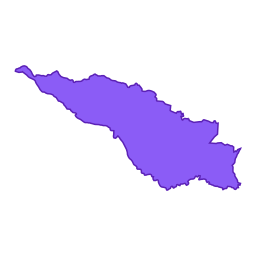 the district of San Jose, San José, Costa Rica
{"feature_id": "36466004B17043328523941", "entity_name": "San Jose", "entity_type": "district", "adm_level": 2, "iso_a3": "CRI", "parent_name": "Costa Rica", "parent_adm1": "San José", "projection": "albers", "projection_center": [-84.106, 9.936], "detail": "fine", "context": "isolated", "style": "filled", "palette": "violet", "viewbox_px": 256, "rotation_deg": 0, "n_neighbors": 0, "source": "geoboundaries", "source_scale": "gbopen_adm2", "svg_char_len": 5790}
<svg xmlns="http://www.w3.org/2000/svg" viewBox="0 0 256 256"><path d="M188.0,118.6L187.1,118.8L185.3,118.5L184.3,118.5L183.6,119.0L183.0,119.8L182.7,120.0L182.4,120.0L182.1,119.7L181.7,119.0L181.5,117.3L181.0,117.0L180.9,116.7L181.0,116.3L181.2,116.1L182.2,116.5L183.3,116.3L183.5,116.1L183.5,115.5L183.1,114.3L183.1,113.6L183.0,113.4L182.8,113.4L182.6,113.5L182.4,114.3L182.0,114.3L181.8,114.2L181.2,113.2L180.9,111.8L180.6,111.3L179.8,111.4L178.9,111.9L178.6,111.9L178.2,111.5L177.7,111.6L177.2,111.9L176.2,113.2L175.8,113.0L174.1,112.5L173.0,111.9L171.6,111.4L170.2,110.5L170.7,105.6L165.3,104.0L163.3,101.8L162.4,101.4L157.2,101.0L156.9,100.9L156.6,100.6L156.7,98.7L156.6,98.3L155.0,96.9L156.0,95.2L156.0,94.3L154.1,92.2L151.7,91.1L150.4,90.7L149.4,90.5L148.0,90.5L145.3,91.4L143.2,91.3L142.1,91.0L141.9,90.8L142.0,89.1L141.0,87.6L140.7,87.4L140.7,87.2L139.6,85.9L139.3,85.3L137.6,85.1L137.6,84.7L137.2,84.1L136.9,83.7L136.3,83.3L135.8,83.4L135.2,83.9L134.8,84.9L133.0,85.4L131.3,85.6L130.5,85.9L130.0,86.2L129.4,86.8L129.4,87.3L128.2,87.4L127.7,87.2L126.7,85.2L126.2,84.7L126.0,84.2L125.7,83.9L122.8,82.9L121.5,83.2L120.8,82.7L118.7,82.4L117.4,82.1L115.9,81.1L115.1,80.8L112.3,80.5L110.7,79.8L109.6,78.8L108.8,78.3L106.7,77.8L103.9,75.7L101.6,75.7L100.4,76.0L98.1,75.9L97.7,75.8L96.9,75.1L95.9,74.7L95.2,74.1L94.6,74.2L94.2,74.3L92.9,75.3L90.4,76.2L90.1,76.5L89.4,77.3L89.0,79.2L87.7,79.3L86.9,79.5L85.8,79.5L85.2,79.3L85.0,79.2L84.2,79.2L82.4,80.3L81.8,81.0L81.3,81.2L80.2,81.4L75.9,81.5L75.3,81.8L74.8,82.3L74.1,82.4L73.7,82.3L73.5,82.1L73.3,81.8L73.0,80.5L72.3,79.9L71.0,80.0L70.6,80.4L70.3,80.4L68.9,79.7L67.1,78.3L63.7,77.7L62.9,77.4L60.9,76.5L60.4,76.0L60.4,75.8L59.5,74.9L58.9,74.1L57.8,71.7L57.5,71.6L56.8,70.9L52.6,73.1L52.2,73.6L51.8,73.8L51.4,74.5L50.8,74.8L49.2,74.9L48.6,74.6L47.8,74.7L46.5,76.2L44.9,76.2L43.8,75.7L43.4,75.6L41.4,75.7L38.7,75.0L36.7,75.0L36.3,75.1L36.1,76.0L34.9,76.6L34.6,76.6L33.8,76.1L32.5,74.4L31.2,71.6L29.7,69.6L28.0,68.5L27.0,67.1L26.6,66.7L25.8,66.3L24.6,65.9L23.1,66.0L20.9,67.0L20.4,67.7L19.0,68.1L17.5,68.8L16.3,69.0L15.5,70.2L15.4,71.3L18.9,72.4L22.4,72.0L22.5,71.8L26.7,75.0L28.3,76.7L29.3,77.5L33.6,79.5L34.6,80.2L35.3,81.0L35.5,81.8L36.3,83.5L37.6,85.5L38.5,86.7L40.1,89.6L41.8,91.5L42.6,92.0L44.5,92.1L46.1,93.2L47.6,93.7L50.2,93.9L51.3,94.2L52.8,94.8L54.1,96.4L56.2,97.5L58.4,101.0L59.9,101.3L63.5,103.4L63.5,103.9L64.1,105.1L65.3,106.3L66.1,107.4L66.1,107.6L66.5,108.0L67.1,109.0L68.5,109.1L70.4,109.4L70.7,110.4L71.1,110.9L71.4,111.0L72.8,112.4L73.2,112.6L73.9,112.6L74.2,112.8L74.9,112.8L75.8,113.1L76.4,113.7L76.4,114.2L75.4,114.9L75.3,115.4L75.6,116.0L76.0,116.6L76.9,117.5L78.0,118.3L80.6,119.5L83.9,122.0L85.1,122.6L87.3,122.6L88.6,122.9L89.8,122.9L91.1,123.4L91.8,123.5L95.0,124.4L99.1,124.6L100.2,125.0L101.6,125.1L103.4,125.6L105.3,125.6L106.0,125.7L107.3,126.2L108.6,127.3L109.7,127.7L110.0,128.2L110.2,129.2L110.4,129.9L111.0,130.5L111.5,130.6L113.8,130.7L113.8,133.6L113.7,133.8L113.7,134.8L113.5,135.7L113.5,136.6L113.7,137.5L114.0,137.9L114.5,138.0L115.6,138.2L116.1,137.8L117.9,136.0L118.2,136.4L119.4,137.5L120.1,138.9L120.7,139.5L120.9,140.0L121.4,140.4L122.9,142.3L126.5,149.4L127.3,152.3L127.5,154.6L128.4,156.8L129.5,158.5L131.0,159.7L132.3,161.3L133.8,164.5L136.1,166.1L136.6,166.6L136.9,167.2L136.9,168.5L137.4,169.1L139.6,169.2L140.7,169.4L141.1,170.0L141.4,170.7L141.4,172.4L141.6,172.9L142.2,173.2L143.9,173.5L144.1,173.9L144.4,174.8L144.6,175.1L146.0,175.1L147.4,174.6L149.3,174.3L150.3,174.3L151.0,174.6L151.5,175.1L151.7,176.2L152.1,176.7L153.4,176.8L153.0,177.8L153.1,179.1L153.9,180.5L155.8,180.5L156.8,179.9L157.1,179.9L157.5,179.9L157.9,180.1L158.3,180.7L158.5,182.4L159.2,184.1L159.9,185.4L160.7,186.4L161.8,187.0L163.7,187.3L165.6,187.8L166.1,188.3L166.5,189.7L166.9,190.1L167.7,190.0L169.1,189.0L170.3,188.4L171.0,186.9L171.5,186.4L172.5,186.4L172.8,186.7L172.9,187.4L173.4,187.9L173.5,188.0L174.0,187.9L174.8,187.2L176.2,186.6L176.6,185.7L176.7,184.9L177.4,184.6L177.9,184.6L178.4,185.1L179.9,185.6L180.0,185.5L180.0,185.0L180.6,184.1L182.7,184.0L184.5,183.4L185.0,183.4L185.2,183.5L186.4,185.2L187.6,184.8L188.4,184.0L188.6,183.6L188.5,182.5L187.8,181.7L188.5,180.5L190.3,179.3L191.3,179.1L193.1,179.0L193.9,178.7L194.6,178.0L195.0,177.1L195.7,176.2L196.4,176.2L197.1,176.9L197.6,176.9L197.9,176.8L198.7,175.6L200.2,175.9L200.0,177.0L199.6,178.0L199.2,178.4L198.8,179.4L199.0,179.7L199.9,179.7L200.6,179.3L202.1,179.3L203.5,179.0L204.5,179.1L205.7,179.5L205.9,179.6L206.3,181.2L207.1,182.4L208.3,181.9L208.9,182.0L209.2,182.3L209.4,182.6L209.3,183.0L208.9,183.6L208.9,183.9L210.9,184.4L211.8,184.9L213.1,185.2L214.1,185.9L215.9,186.3L217.5,186.3L218.9,187.0L221.8,187.7L222.8,188.3L222.7,189.2L222.9,189.6L223.3,189.5L224.3,188.8L225.4,188.5L226.3,188.5L226.7,188.3L227.6,186.4L229.1,186.5L231.0,186.8L231.9,187.6L232.6,187.6L233.5,187.9L233.8,188.2L234.3,189.0L235.2,189.4L235.8,189.2L236.3,188.8L236.6,188.2L237.3,187.7L238.5,187.6L238.5,187.3L238.1,186.7L238.0,186.3L238.2,184.7L239.9,185.2L240.5,183.4L238.9,183.0L237.8,182.3L237.6,182.0L237.5,180.6L236.9,179.3L235.0,176.3L234.8,175.6L234.8,174.2L233.4,172.5L233.0,171.9L232.9,170.3L233.0,167.1L232.2,165.4L233.1,164.4L233.5,164.2L233.7,163.7L234.7,162.7L235.1,159.8L235.4,158.5L236.4,156.8L237.3,154.3L238.2,153.1L239.6,150.1L240.4,149.0L240.6,148.4L237.7,149.6L237.0,150.7L236.2,151.5L235.6,151.0L233.9,152.0L233.6,150.1L233.7,147.1L232.0,145.8L230.7,145.8L227.3,144.3L225.0,145.2L221.3,142.7L217.5,143.0L216.2,143.5L209.6,143.0L214.4,136.9L217.5,134.2L218.1,123.1L217.1,123.3L216.2,123.1L216.0,122.9L215.8,122.2L215.1,120.9L214.2,120.9L213.3,122.6L210.9,122.5L208.8,121.3L204.4,119.9L203.4,119.9L201.7,121.7L199.7,121.7L193.8,122.4L189.3,120.6L188.9,119.2L188.0,118.9L188.0,118.6Z" fill="#8b5cf6" stroke="#5b21b6" stroke-width="1.5"/></svg>